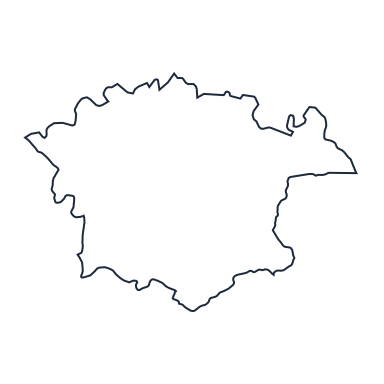 SVG path tracing the border of Cáceres, rotated 178°
{"feature_id": "ESP-5811", "entity_name": "Cáceres", "entity_type": "Autonomous Community", "adm_level": 1, "iso_a3": "ESP", "parent_name": "Spain", "parent_adm1": "", "projection": "mercator", "projection_center": [-6.162, 39.756], "detail": "fine", "context": "isolated", "style": "outline", "palette": "slate", "viewbox_px": 384, "rotation_deg": 178, "n_neighbors": 0, "source": "natural_earth", "source_scale": "10m", "svg_char_len": 4852}
<svg xmlns="http://www.w3.org/2000/svg" viewBox="0 0 384 384"><g transform="rotate(178 192 192)"><path d="M65.8,272.0L59.5,264.3L57.1,262.4L56.2,260.5L55.6,257.0L55.5,253.4L56.2,251.1L57.2,248.7L57.8,245.0L57.9,241.5L56.9,239.9L51.6,238.5L48.9,237.2L47.0,235.6L45.8,232.0L44.7,230.6L40.5,228.4L38.3,226.3L34.6,221.3L32.3,219.2L28.2,207.8L27.3,205.5L27.1,205.1L54.3,206.4L56.1,205.9L58.1,205.0L60.5,204.5L65.5,204.7L67.7,204.0L70.4,205.7L74.3,205.9L92.9,203.6L94.8,202.8L96.2,199.3L96.1,198.1L95.7,196.9L95.8,195.4L96.3,193.9L97.8,191.2L98.3,189.6L98.1,188.2L97.6,186.7L97.4,185.0L98.3,182.7L99.3,181.9L102.2,180.7L103.4,180.0L106.6,175.2L107.0,173.6L107.1,170.9L107.3,169.4L107.3,168.6L106.9,166.9L106.9,166.0L107.2,165.3L108.5,164.3L108.9,163.7L109.6,159.6L110.1,158.1L109.9,156.4L110.4,154.6L112.6,151.0L107.5,141.8L104.7,138.2L103.0,135.5L101.7,134.3L100.3,133.8L97.0,133.3L95.4,132.8L93.9,130.6L93.0,125.0L92.0,122.5L93.1,120.6L94.3,116.8L95.4,115.3L97.7,114.2L103.2,110.6L104.7,110.4L105.6,110.2L108.1,110.5L110.5,110.3L112.8,108.7L113.2,107.7L113.3,106.4L114.8,107.6L117.1,110.2L118.3,111.2L119.6,111.8L120.8,112.1L122.1,112.1L123.4,111.6L124.6,111.4L125.5,111.8L127.9,112.1L132.0,109.9L133.1,109.7L135.5,111.1L136.7,111.2L138.2,110.6L139.3,109.9L141.0,109.2L149.8,107.6L151.6,106.8L152.7,106.0L153.5,105.1L153.8,103.9L153.9,102.8L153.2,100.5L153.2,99.4L153.8,98.3L154.6,97.4L158.6,94.3L159.6,93.7L162.1,92.6L163.1,92.1L167.8,90.4L170.5,87.5L171.6,86.8L172.9,86.3L176.7,85.5L177.9,84.6L178.5,83.5L178.9,82.3L179.5,81.3L180.4,80.4L181.6,79.5L182.9,78.7L185.1,78.3L186.7,77.8L188.3,77.1L192.6,73.9L193.8,73.2L195.4,73.0L197.6,73.5L201.8,76.3L203.1,77.3L205.2,79.5L206.4,80.1L208.8,80.8L209.0,81.8L209.0,82.8L210.1,83.8L211.6,84.6L214.2,85.6L214.9,86.3L214.9,87.0L214.2,88.2L214.1,88.9L213.8,89.6L213.3,90.2L213.0,90.9L212.7,92.2L212.4,92.8L211.5,93.4L211.9,94.0L213.6,94.9L218.0,96.7L220.8,98.3L222.5,99.7L223.5,101.0L225.2,102.4L229.8,104.7L233.1,106.0L234.7,106.1L235.8,105.5L236.7,104.6L237.3,103.4L237.8,102.2L238.1,101.1L238.6,100.0L239.4,99.3L240.4,98.8L244.6,97.6L247.2,96.2L248.4,95.8L249.5,96.0L250.8,97.7L251.2,99.1L251.3,100.4L251.1,101.6L249.9,103.6L250.2,104.5L251.0,105.2L253.6,105.5L258.0,103.9L263.2,106.0L266.8,108.6L270.7,112.2L273.7,116.3L277.0,118.2L281.7,119.9L286.7,119.7L287.5,119.6L288.5,119.2L289.5,118.8L291.2,117.0L292.1,116.0L296.4,112.3L302.8,110.5L305.1,110.4L305.7,111.0L305.7,112.0L304.3,115.4L304.0,116.6L303.9,117.9L304.3,125.3L305.2,127.5L305.8,128.5L306.3,129.8L308.5,133.4L304.7,135.1L304.4,135.7L303.8,137.1L303.1,141.2L303.0,142.9L303.3,144.5L302.7,153.3L300.5,165.6L300.6,170.0L301.1,172.1L302.3,171.6L304.7,171.0L308.2,170.8L309.3,171.0L310.4,171.5L311.3,172.3L312.1,173.2L312.8,174.2L313.4,175.2L313.4,176.4L313.0,177.4L311.7,179.6L311.0,181.0L310.7,182.9L310.5,184.8L310.2,186.5L309.9,190.0L310.3,191.4L311.0,192.2L315.3,193.1L317.0,193.2L317.8,192.9L318.5,192.4L319.9,190.1L321.0,188.8L323.5,186.6L324.4,186.3L326.9,185.9L327.7,186.0L328.7,186.5L329.2,187.9L329.8,190.0L329.8,191.6L329.0,194.1L329.4,195.0L331.1,197.1L332.0,198.5L332.1,199.8L331.9,201.0L331.4,202.1L330.9,204.4L330.7,207.9L330.3,208.9L330.0,210.1L329.6,211.1L328.2,213.1L327.7,214.2L326.9,215.2L326.3,216.3L324.9,218.3L324.7,219.2L325.1,220.2L325.9,221.1L326.8,221.9L328.8,223.3L329.8,224.1L334.4,230.1L337.1,233.0L338.9,234.6L339.9,235.7L341.8,236.9L344.0,237.5L344.9,238.1L346.8,241.2L350.5,245.6L351.9,247.5L353.5,249.3L354.1,249.9L355.4,251.0L356.9,252.2L350.9,255.7L342.7,256.9L339.4,252.3L337.4,251.2L335.6,253.0L335.3,254.5L335.3,257.9L335.1,259.5L334.4,260.8L332.1,262.9L327.3,265.6L318.7,265.6L309.3,262.6L307.0,263.4L305.9,266.9L305.1,273.3L305.2,274.4L306.0,276.4L306.2,277.5L306.1,278.8L303.0,284.4L299.8,288.2L298.1,289.4L293.8,290.3L290.7,288.4L284.6,282.1L281.5,281.2L278.4,282.1L272.5,285.4L273.2,286.0L276.9,292.0L276.9,293.7L275.4,297.0L273.9,298.8L272.3,299.6L268.3,299.5L262.8,302.6L253.0,293.8L247.6,292.5L245.3,296.7L241.6,299.3L233.2,302.5L231.0,298.4L225.4,305.4L223.3,305.8L222.5,305.4L222.1,304.9L221.0,295.3L212.3,302.3L205.7,311.0L202.5,306.5L201.7,306.3L198.8,306.4L197.7,306.1L196.8,305.2L194.5,301.5L192.2,300.0L186.6,299.8L184.3,297.2L183.7,294.9L183.4,286.1L176.8,289.6L156.9,287.7L156.1,288.7L154.8,290.7L153.6,291.1L152.3,290.7L151.6,290.2L151.1,289.6L150.9,288.9L150.7,287.5L150.4,286.9L149.8,286.5L140.4,283.7L137.7,287.2L126.5,285.1L125.4,283.7L122.6,277.1L127.5,270.8L128.8,266.8L127.7,262.5L125.2,260.4L122.7,254.7L120.8,252.9L118.4,252.7L113.6,253.8L111.5,253.6L91.2,244.9L89.0,248.6L93.0,250.8L93.9,251.7L94.4,252.7L94.7,253.8L94.7,255.2L92.4,263.8L91.7,264.8L90.7,265.4L88.2,264.6L87.6,261.5L88.2,254.1L85.2,253.5L82.5,254.2L77.1,257.2L76.8,257.7L76.1,259.5L75.9,260.2L76.2,261.4L77.6,263.1L77.9,264.1L77.6,264.9L71.7,272.8L65.8,272.0Z" fill="none" stroke="#1e293b" stroke-width="2"/></g></svg>